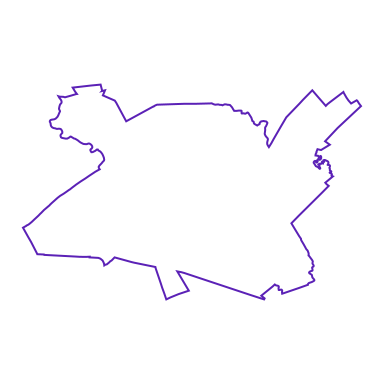 outline of Contesti, Dâmbovita, Romania
{"feature_id": "2599482B81842456192136", "entity_name": "Contesti", "entity_type": "district", "adm_level": 2, "iso_a3": "ROU", "parent_name": "Romania", "parent_adm1": "Dâmbovita", "projection": "mercator", "projection_center": [25.668, 44.679], "detail": "fine", "context": "isolated", "style": "outline", "palette": "violet", "viewbox_px": 384, "rotation_deg": 0, "n_neighbors": 0, "source": "geoboundaries", "source_scale": "gbopen_adm2", "svg_char_len": 5851}
<svg xmlns="http://www.w3.org/2000/svg" viewBox="0 0 384 384"><path d="M188.8,290.7L177.3,271.4L181.4,272.2L184.3,273.0L250.8,295.1L264.1,299.4L264.6,298.4L261.3,295.7L272.5,286.6L274.8,284.5L275.8,285.3L278.0,285.8L278.6,286.2L278.8,286.7L278.8,287.2L278.5,288.0L278.7,289.9L278.8,290.0L279.7,290.0L280.5,289.7L281.3,289.7L281.6,289.7L281.9,290.0L282.1,290.3L282.2,290.6L282.0,292.5L282.2,293.7L298.9,288.0L307.9,284.8L307.8,284.3L308.3,283.6L308.9,283.0L311.9,282.0L313.4,281.2L313.9,280.9L314.3,280.5L314.3,279.9L314.2,279.6L313.9,279.2L312.4,277.5L311.9,275.3L311.8,274.9L311.5,274.6L310.6,274.1L310.2,273.7L309.6,273.5L309.2,273.0L309.1,272.4L309.6,271.8L310.4,271.3L312.3,270.7L312.5,270.4L312.5,269.7L312.4,269.0L312.1,267.8L312.3,267.3L312.5,267.1L313.4,266.5L313.6,266.2L313.7,265.9L313.5,265.2L312.5,263.6L312.5,262.9L312.8,261.6L312.7,261.3L312.5,260.7L312.0,259.9L309.5,256.5L309.0,255.8L308.6,255.6L308.5,255.4L308.7,254.0L308.5,252.9L307.6,250.6L307.0,249.9L306.4,249.3L306.1,248.8L303.7,244.4L301.2,240.2L301.0,239.3L301.0,238.8L299.2,236.2L296.1,231.1L291.4,223.3L298.4,216.1L322.2,192.5L328.7,185.9L326.6,184.2L326.0,183.5L325.3,182.7L332.9,176.4L331.6,175.9L331.5,175.7L331.8,175.0L331.9,174.7L331.9,174.3L331.8,174.0L331.3,173.6L330.5,173.3L329.9,172.9L329.7,172.7L329.8,172.5L329.9,172.4L330.2,172.4L330.8,172.5L331.1,172.3L331.3,171.7L331.2,171.3L329.9,170.4L329.8,169.9L329.9,168.9L329.4,167.9L329.8,167.0L330.0,166.0L329.8,165.4L329.7,165.3L328.7,164.8L328.0,165.0L327.7,164.8L327.9,164.3L328.4,163.3L328.4,162.4L328.1,161.7L327.5,161.2L325.6,160.3L324.9,160.0L324.7,160.0L324.4,160.9L324.2,161.4L324.0,161.2L324.1,160.6L324.1,160.2L323.5,160.2L323.1,161.3L322.2,161.6L322.0,161.8L322.0,162.0L323.0,163.1L323.0,163.3L323.0,163.5L322.9,163.5L322.3,163.4L321.8,163.4L320.9,163.9L320.7,163.6L319.9,163.7L318.9,164.1L318.3,164.5L318.4,164.8L319.0,165.0L319.5,165.8L319.3,166.5L320.1,167.7L320.2,168.5L319.8,168.8L319.0,168.3L318.1,167.2L315.9,166.2L313.7,162.8L313.7,162.2L314.2,161.4L315.0,160.9L315.5,161.0L315.7,161.7L316.2,162.4L316.7,162.5L317.3,162.2L317.6,161.6L316.9,160.6L316.9,160.4L317.0,160.3L317.7,160.2L317.9,160.0L318.1,159.1L318.4,159.0L318.6,159.3L319.0,159.7L319.7,159.8L320.5,159.4L321.0,158.6L321.2,158.0L321.2,157.3L321.1,156.5L320.8,156.1L320.3,156.0L320.0,156.3L320.1,157.6L319.2,157.5L318.7,157.1L318.5,156.5L318.0,155.8L315.5,155.5L315.6,154.4L316.0,153.3L316.5,152.6L316.4,152.0L317.5,149.2L319.1,149.6L321.1,150.0L329.8,144.7L325.1,141.3L337.6,128.0L361.0,106.1L359.1,103.6L357.4,100.9L356.7,100.3L351.1,103.5L348.4,100.4L346.4,97.5L343.6,92.6L343.4,92.0L329.8,102.3L327.4,104.2L325.8,105.9L317.7,96.6L312.3,90.3L302.9,99.9L299.5,103.6L286.3,117.3L281.0,126.3L273.6,139.1L271.3,143.3L268.9,147.1L267.8,145.4L267.3,144.3L267.2,143.9L267.2,142.3L267.8,139.9L267.9,139.2L267.8,138.8L267.7,138.4L266.2,136.7L265.4,135.6L264.7,133.9L265.2,130.0L265.1,128.1L265.2,127.5L265.5,126.9L266.1,126.1L267.2,123.6L267.4,122.9L266.8,122.0L266.0,121.4L264.8,121.3L263.8,121.0L261.6,121.3L261.1,121.4L260.8,121.8L260.1,122.3L259.9,122.5L259.6,124.0L259.4,124.3L258.7,124.4L258.3,124.8L257.7,125.1L257.2,125.5L254.4,123.9L253.9,123.2L253.7,121.9L253.5,121.6L252.4,121.0L252.2,120.7L252.1,120.0L251.3,117.6L248.3,112.9L247.9,112.6L247.6,112.5L247.2,112.6L246.8,113.0L245.3,113.7L244.5,113.6L243.8,113.3L243.2,113.3L242.9,113.5L242.3,113.4L241.7,113.4L241.6,113.2L241.6,112.3L241.6,111.8L241.6,111.0L241.1,110.6L238.6,110.6L236.4,110.9L234.2,110.9L233.0,109.0L232.1,107.4L230.1,105.1L228.9,104.8L227.7,104.8L226.6,104.5L224.9,104.3L223.2,104.9L222.6,105.3L221.4,104.9L220.0,104.9L218.2,104.4L215.2,104.7L213.5,104.2L211.7,103.3L211.4,103.4L195.6,103.8L184.3,103.8L157.0,104.7L155.1,105.5L153.7,106.5L153.5,106.4L126.2,121.3L116.2,102.7L114.8,100.6L102.9,95.4L105.0,90.3L102.1,91.0L102.2,90.9L100.6,84.6L91.2,85.5L72.7,87.6L73.9,89.6L75.1,91.6L76.9,94.0L76.1,94.1L71.1,95.6L65.0,97.3L64.7,97.2L63.2,96.8L60.4,96.7L59.1,96.5L58.5,96.3L59.2,97.6L60.9,99.8L61.5,101.1L61.6,102.0L61.5,102.6L61.2,103.3L60.6,103.8L60.0,104.7L59.5,106.2L59.1,108.1L59.0,108.9L59.3,109.7L59.9,110.8L60.0,111.4L59.4,112.6L58.2,115.5L57.4,116.9L56.5,117.8L55.6,118.7L54.2,119.3L51.6,119.7L50.7,120.0L50.2,120.4L49.9,120.9L49.8,121.8L50.2,122.3L50.4,123.0L50.7,123.9L50.7,124.8L50.9,125.6L51.3,126.4L52.1,127.3L53.4,128.0L54.2,128.2L55.1,128.3L56.4,128.8L57.3,128.9L58.8,128.7L59.9,128.8L60.8,129.1L61.4,129.8L61.9,130.6L62.3,131.7L62.3,132.9L61.0,134.4L60.5,135.2L60.6,136.2L61.0,137.3L62.0,137.9L65.6,138.6L67.2,138.6L68.2,138.1L69.4,137.4L70.4,136.6L70.9,136.6L74.0,138.5L75.0,138.7L76.6,139.6L78.0,140.5L79.2,141.5L80.4,142.4L82.9,143.7L83.8,144.0L85.2,144.1L86.9,144.1L88.2,143.6L89.0,143.5L89.9,143.8L91.3,144.8L92.2,146.2L92.3,147.5L91.8,148.4L90.7,149.3L90.3,150.0L90.8,151.3L91.4,152.2L92.7,152.1L95.3,150.8L96.9,149.5L97.8,149.5L98.3,150.4L100.1,151.4L101.2,152.5L102.4,154.2L103.1,155.7L103.9,157.8L104.1,159.2L104.2,159.8L104.0,160.5L103.6,161.0L102.6,162.0L101.7,163.2L99.4,165.6L98.7,166.8L98.8,167.8L99.4,168.9L99.7,169.3L95.4,171.7L89.2,175.8L85.3,178.5L80.9,181.3L75.7,184.9L75.5,185.1L72.3,187.5L69.8,189.5L68.9,190.0L66.4,191.8L63.5,193.8L60.2,195.8L57.5,197.9L51.9,202.9L49.8,204.9L49.4,205.5L48.8,205.9L44.0,210.0L41.1,213.0L40.3,213.7L38.5,215.6L34.4,219.4L31.9,221.8L30.0,223.4L28.6,224.5L27.3,225.2L26.5,225.5L26.2,225.9L23.0,227.7L28.2,237.0L31.1,242.0L37.1,253.7L37.3,254.2L44.0,254.5L44.2,254.9L44.3,254.9L74.5,256.5L79.6,256.8L85.9,256.9L89.7,256.7L89.6,257.4L97.0,257.8L98.4,257.9L100.0,258.5L100.8,259.0L102.6,260.5L103.6,262.5L104.0,263.6L104.2,264.7L104.3,265.4L105.1,264.8L106.9,264.3L109.3,262.3L110.1,261.4L111.6,260.5L114.6,257.4L131.7,262.1L134.2,262.7L155.4,267.0L155.7,268.4L160.8,283.4L162.1,287.5L164.4,293.8L166.3,299.4L170.5,297.4L178.6,294.1L188.8,290.7Z" fill="none" stroke="#5b21b6" stroke-width="2"/></svg>